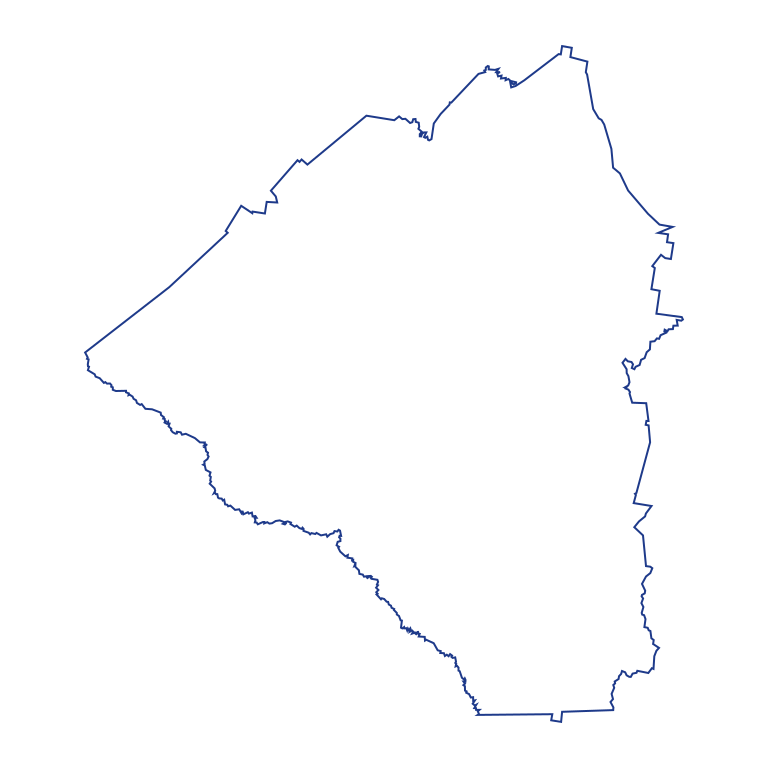 the district of Narromine, New South Wales, Australia
{"feature_id": "25037944B72215071742446", "entity_name": "Narromine", "entity_type": "district", "adm_level": 2, "iso_a3": "AUS", "parent_name": "Australia", "parent_adm1": "New South Wales", "projection": "albers", "projection_center": [147.895, -32.232], "detail": "fine", "context": "isolated", "style": "outline", "palette": "blue", "viewbox_px": 768, "rotation_deg": 0, "n_neighbors": 0, "source": "geoboundaries", "source_scale": "gbopen_adm2", "svg_char_len": 6081}
<svg xmlns="http://www.w3.org/2000/svg" viewBox="0 0 768 768"><path d="M648.3,673.0L651.9,668.2L653.5,668.9L654.3,656.2L656.4,650.8L659.0,647.9L653.1,644.0L653.7,640.0L651.4,638.3L650.4,631.0L648.7,630.3L647.7,627.8L644.4,627.1L645.5,619.1L644.1,615.2L642.2,614.6L641.7,612.9L643.4,607.0L641.4,603.1L643.1,598.5L641.6,596.3L642.0,594.9L644.7,593.4L645.2,590.7L642.0,583.9L646.0,576.5L650.3,573.1L652.3,568.2L650.3,566.7L646.0,566.1L643.0,535.4L634.3,527.2L639.0,521.4L645.1,516.4L645.9,513.5L651.5,506.0L633.7,503.1L635.9,494.9L635.0,493.8L636.4,493.0L650.1,442.3L648.6,425.4L645.7,424.8L646.4,420.9L648.5,421.0L646.2,403.2L632.2,402.7L629.5,393.5L630.0,392.1L628.4,389.6L625.6,388.5L626.3,387.5L625.1,387.3L628.2,385.5L629.5,382.2L628.4,376.1L626.7,373.1L626.6,369.2L622.5,362.8L625.5,358.9L627.8,361.3L631.5,362.0L633.0,364.3L631.8,368.0L634.4,369.2L635.6,366.8L639.6,365.0L641.1,359.8L644.6,358.1L646.7,352.2L649.9,349.4L650.4,341.7L654.6,341.2L656.9,338.4L659.1,338.8L660.6,335.2L666.4,332.6L666.4,331.6L664.4,331.3L664.7,329.7L667.5,331.2L668.6,329.3L672.9,329.1L673.4,325.7L677.7,325.6L676.7,319.9L681.3,320.7L682.9,319.5L681.8,317.1L656.4,313.7L659.7,290.8L651.4,289.2L654.8,268.0L652.3,266.1L661.0,254.8L665.2,258.1L670.9,259.0L673.4,243.1L667.0,242.2L668.1,234.3L658.2,232.9L672.6,226.9L659.5,224.6L648.0,213.8L628.1,190.5L619.9,173.4L613.1,167.7L611.4,148.9L604.2,124.5L601.5,119.9L598.7,118.3L593.2,109.1L587.1,74.5L585.8,72.2L587.4,61.6L570.4,57.1L571.8,47.8L562.1,46.1L560.8,54.4L558.6,54.1L524.3,80.3L515.6,86.0L511.2,87.4L510.2,82.1L513.4,84.3L515.9,83.4L516.1,82.3L510.5,80.9L508.4,79.0L505.6,80.2L505.8,77.9L501.0,78.5L501.5,75.6L498.1,76.4L497.2,73.5L500.0,72.1L496.2,72.1L498.5,68.8L495.0,69.9L488.7,69.4L488.8,66.4L487.8,66.0L485.8,67.5L485.8,69.9L484.3,70.5L485.2,72.1L478.5,73.9L451.3,102.6L449.8,102.4L449.5,104.6L440.7,113.9L433.8,123.5L431.5,139.1L429.2,140.4L428.0,139.8L427.3,136.7L425.3,137.8L424.0,137.1L426.3,132.4L423.9,132.4L422.0,133.9L421.2,136.4L419.8,136.3L419.8,134.1L421.8,131.8L418.4,128.8L419.2,126.8L418.7,122.7L415.8,121.9L415.5,119.0L413.2,119.2L412.3,122.2L410.1,123.0L405.4,118.8L402.3,119.1L399.1,116.4L394.3,120.2L366.4,115.7L307.4,164.6L301.6,159.5L299.5,161.9L297.5,160.2L270.9,190.7L275.8,196.5L277.2,202.5L266.7,201.9L264.9,213.5L252.6,211.6L252.3,213.2L241.2,205.8L225.7,231.0L227.7,232.8L169.2,287.2L85.1,352.5L87.7,357.4L87.0,358.8L88.6,359.4L87.8,364.3L88.0,366.3L89.0,366.7L87.9,370.2L94.7,374.3L95.6,376.6L99.7,378.2L103.9,382.9L105.3,382.1L107.0,383.6L110.0,383.5L111.5,385.2L111.2,386.7L112.8,387.3L112.8,389.8L115.9,391.0L126.0,390.8L126.0,392.3L128.8,393.4L128.5,395.2L129.7,394.7L132.6,396.6L133.6,398.8L136.1,400.3L136.9,402.9L140.1,404.9L141.7,404.1L145.4,408.8L152.1,409.3L160.7,412.6L161.0,415.0L163.9,417.2L163.2,418.6L164.7,418.9L164.9,421.1L165.9,421.4L164.7,422.6L167.1,423.9L168.2,422.1L168.4,423.7L169.5,423.7L168.6,426.4L171.3,428.8L171.0,430.1L172.7,432.2L175.4,433.7L176.9,433.4L176.9,431.8L180.7,432.3L182.0,434.7L185.8,433.8L194.9,438.1L200.0,442.4L204.8,442.5L204.5,443.7L205.7,444.3L204.4,445.4L205.9,445.5L204.3,447.2L205.5,447.7L206.1,451.3L208.0,452.7L207.5,454.9L208.6,456.5L207.4,459.1L204.3,461.5L204.6,463.9L203.2,464.7L204.8,465.5L205.8,469.9L210.5,472.4L209.5,475.7L210.8,476.9L210.2,480.5L211.1,481.6L209.7,483.7L214.6,488.4L215.2,490.8L213.9,493.3L215.0,492.7L215.9,494.1L217.3,494.1L218.0,497.6L219.2,498.4L221.7,498.6L222.8,500.5L224.2,499.7L225.1,504.4L227.3,504.8L228.1,506.3L230.4,505.6L235.1,509.9L239.2,509.3L241.8,513.7L242.5,513.3L241.6,511.5L242.7,511.6L243.4,514.3L247.9,512.2L248.9,513.6L251.9,512.6L252.6,516.4L255.4,516.0L256.6,517.8L254.6,517.9L255.4,520.1L254.8,522.4L256.6,522.5L257.8,524.3L263.0,522.0L264.3,522.0L264.2,523.4L267.3,522.2L269.4,523.6L272.1,523.2L275.7,521.0L279.7,520.4L283.7,521.9L284.4,523.0L283.0,523.8L284.9,524.4L286.0,523.3L285.6,521.9L287.7,521.4L291.0,522.6L290.4,524.0L294.7,526.7L296.7,525.6L299.4,528.1L301.8,528.9L302.5,527.7L303.6,528.9L303.5,530.9L308.7,532.7L310.1,534.4L311.4,533.1L315.3,534.0L316.5,532.9L321.0,535.4L326.2,534.3L327.3,536.7L330.2,534.1L333.5,533.2L334.5,531.1L337.4,531.5L338.6,529.8L340.0,530.6L341.1,535.9L339.6,535.8L339.1,537.3L340.4,538.6L340.4,541.1L337.7,541.8L336.6,545.3L339.0,546.8L338.2,547.7L340.2,551.6L345.4,556.3L347.8,555.1L347.4,557.7L352.3,558.4L352.1,560.3L353.2,560.0L353.1,561.7L355.5,563.0L354.5,565.7L355.4,565.1L355.3,566.8L358.9,570.3L359.4,573.9L362.8,574.6L364.0,576.7L366.1,576.3L367.4,578.0L368.5,577.2L368.0,576.1L370.8,575.9L371.8,576.8L370.7,577.9L371.4,578.8L377.4,579.8L378.1,581.9L376.9,584.6L378.0,585.2L376.1,587.7L378.4,590.0L376.3,592.2L377.6,593.7L376.5,594.4L381.0,599.3L381.8,598.3L384.2,599.0L386.6,601.7L388.1,601.9L388.8,604.5L391.0,605.7L391.6,607.8L394.2,609.0L393.9,610.0L396.8,612.9L396.8,614.5L399.0,616.0L400.6,620.3L401.9,620.6L401.0,627.7L402.3,628.4L404.1,627.1L404.3,628.4L406.3,628.2L407.2,630.5L407.9,628.6L408.8,630.3L410.3,628.3L410.9,630.3L410.2,631.5L412.1,630.5L413.2,631.6L412.1,633.6L414.5,632.8L416.2,634.2L417.2,633.4L416.0,632.6L417.8,632.7L417.9,631.1L418.7,634.0L419.6,634.0L418.7,636.5L424.7,636.9L425.0,640.5L426.1,639.7L433.7,643.2L437.7,650.3L440.7,651.1L440.3,653.0L443.9,653.2L444.9,656.0L446.8,654.7L448.6,656.2L450.1,654.1L452.1,655.6L451.4,656.8L452.6,657.9L455.2,657.4L456.0,661.6L455.3,662.9L456.2,663.5L455.6,666.4L457.0,665.8L458.5,667.6L458.5,670.6L459.7,671.2L461.9,677.7L464.1,679.6L464.8,678.4L465.5,679.9L465.4,681.7L463.5,681.6L465.0,683.6L463.4,685.1L464.9,686.2L465.0,690.6L466.6,691.4L466.2,692.7L469.1,694.1L470.8,697.5L473.1,697.2L473.2,700.8L474.9,700.4L472.7,703.7L474.8,705.5L476.3,704.7L474.3,708.1L476.0,708.2L476.1,709.9L479.4,709.9L477.8,711.3L479.0,714.1L477.8,714.9L552.3,714.2L551.2,720.3L561.1,721.9L562.1,711.8L613.2,710.1L613.4,707.4L610.5,702.0L613.0,699.1L611.6,693.9L614.2,687.8L613.3,685.0L615.1,683.4L614.7,681.5L618.6,679.0L619.0,676.2L621.1,674.0L622.0,671.0L625.2,672.3L626.6,675.3L629.2,676.8L630.8,676.9L632.6,673.6L636.5,672.8L637.3,670.8L648.3,673.0Z" fill="none" stroke="#1e3a8a" stroke-width="2"/></svg>